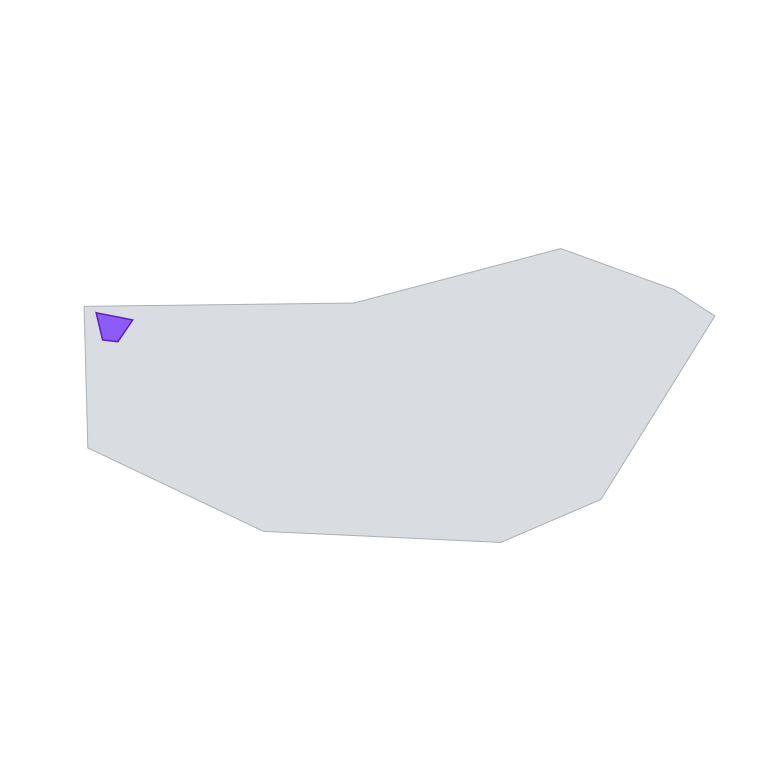 Saint Luke highlighted on a map of Dominica, rotated 102°
{"feature_id": "DMA-1437", "entity_name": "Saint Luke", "entity_type": "Parish", "adm_level": 1, "iso_a3": "DMA", "parent_name": "Dominica", "parent_adm1": "", "projection": "mercator", "projection_center": [-61.367, 15.248], "detail": "fine", "context": "in_parent", "style": "filled", "palette": "violet", "viewbox_px": 768, "rotation_deg": 102, "n_neighbors": 0, "source": "natural_earth", "source_scale": "10m", "svg_char_len": 424}
<svg xmlns="http://www.w3.org/2000/svg" viewBox="0 0 768 768"><g transform="rotate(102 384 384)"><path d="M508.1,660.4L370.4,693.5L311.1,430.4L214.8,239.3L231.4,119.7L248.7,74.5L451.8,147.8L514.7,236.9L553.2,471.2L508.1,660.4Z" fill="#d9dde1" stroke="#a8b0b8" stroke-width="1"/><path d="M374.2,678.4L373.6,643.1L398.0,653.1L399.4,668.4L374.1,680.4L374.2,678.4Z" fill="#8b5cf6" stroke="#5b21b6" stroke-width="1.5"/></g></svg>